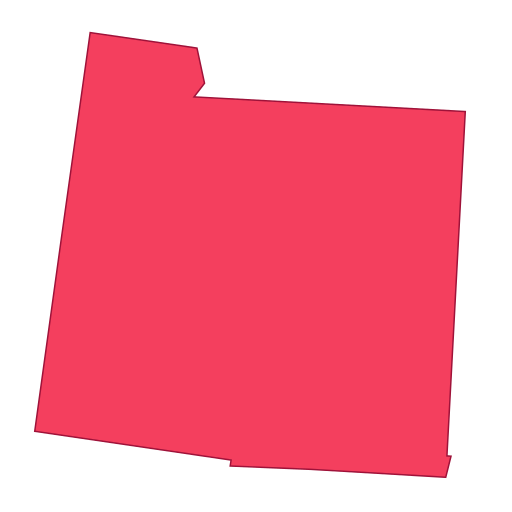 outline of Miami, Ohio, United States of America, rotated 184°
{"feature_id": "52423323B70548517333003", "entity_name": "Miami", "entity_type": "district", "adm_level": 2, "iso_a3": "USA", "parent_name": "United States of America", "parent_adm1": "Ohio", "projection": "orthographic", "projection_center": [-84.249, 40.04], "detail": "fine", "context": "isolated", "style": "filled", "palette": "rose", "viewbox_px": 512, "rotation_deg": 184, "n_neighbors": 0, "source": "geoboundaries", "source_scale": "gbopen_adm2", "svg_char_len": 326}
<svg xmlns="http://www.w3.org/2000/svg" viewBox="0 0 512 512"><g transform="rotate(184 256 256)"><path d="M51.3,48.5L47.5,69.9L51.6,69.9L57.3,414.7L328.9,410.4L319.4,424.7L329.4,459.3L437.0,467.3L451.7,255.5L464.5,65.7L266.6,50.7L267.1,44.7L186.2,47.0L51.3,48.5Z" fill="#f43f5e" stroke="#9f1239" stroke-width="1.5"/></g></svg>